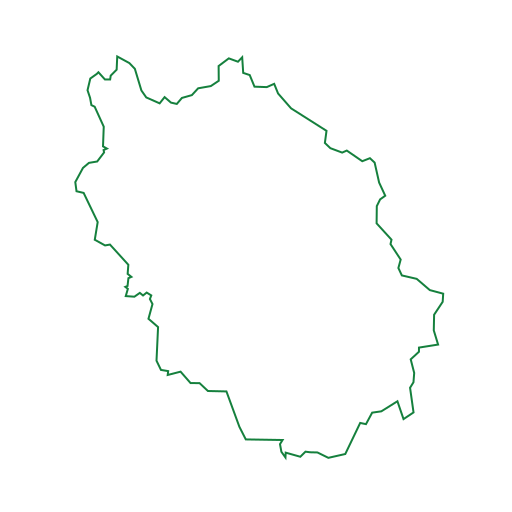 the district of Chashka, Čaška, North Macedonia, rotated 190°
{"feature_id": "65306769B55292490733903", "entity_name": "Chashka", "entity_type": "district", "adm_level": 2, "iso_a3": "MKD", "parent_name": "North Macedonia", "parent_adm1": "Čaška", "projection": "albers", "projection_center": [21.618, 41.602], "detail": "fine", "context": "isolated", "style": "outline", "palette": "green", "viewbox_px": 512, "rotation_deg": 190, "n_neighbors": 0, "source": "geoboundaries", "source_scale": "gbopen_adm2", "svg_char_len": 1684}
<svg xmlns="http://www.w3.org/2000/svg" viewBox="0 0 512 512"><g transform="rotate(190 256 256)"><path d="M242.7,84.9L234.2,73.6L197.9,79.4L199.7,74.9L197.0,67.6L192.0,62.7L192.6,67.5L177.5,66.0L173.3,71.9L168.6,72.1L161.4,73.2L149.7,69.8L133.7,76.5L124.4,109.7L118.5,109.5L114.4,121.9L105.6,124.8L91.5,137.5L82.4,121.0L73.7,129.3L81.4,153.0L79.0,159.0L79.9,168.3L85.7,181.1L78.9,190.0L79.6,194.1L61.3,200.4L68.0,213.6L70.4,229.1L64.2,243.3L65.1,251.4L78.9,252.6L93.8,261.4L109.0,262.2L113.7,268.9L112.9,277.6L125.6,291.1L125.4,295.6L142.9,309.1L145.7,326.1L143.6,333.3L139.2,337.8L147.5,349.7L155.4,368.6L160.8,372.1L167.8,367.8L184.9,375.6L189.1,372.8L201.5,375.1L207.8,379.3L208.3,391.5L247.1,407.5L262.5,419.9L268.0,428.7L274.7,424.2L286.9,422.5L293.6,433.1L300.4,434.1L304.1,449.3L307.5,444.2L317.1,445.9L325.8,436.6L323.1,422.1L330.0,415.5L342.1,411.1L347.1,403.3L356.4,398.8L360.4,392.0L366.4,392.3L373.6,396.6L377.4,389.6L391.6,393.1L397.6,399.1L407.8,419.3L414.2,424.0L427.3,428.4L425.6,415.3L430.4,408.4L430.3,404.5L435.4,403.6L443.1,409.6L444.4,407.7L450.0,402.0L450.7,390.0L446.9,383.0L444.3,376.0L440.8,375.0L428.4,356.9L425.7,337.4L421.5,335.9L424.5,333.9L423.6,331.6L428.8,321.5L436.7,318.7L441.7,312.7L446.8,297.4L444.0,288.6L436.7,288.2L417.8,261.9L417.6,244.0L406.5,240.2L401.8,241.9L380.2,225.2L379.3,216.1L375.1,213.8L377.8,212.0L377.3,204.2L379.3,202.9L376.5,201.4L377.3,193.9L368.7,194.8L364.0,199.5L360.4,197.5L357.3,201.0L352.3,199.0L353.0,195.2L349.6,190.7L351.0,175.5L340.1,169.0L335.8,135.6L329.8,127.3L322.5,127.4L322.3,123.5L310.2,129.0L298.4,119.5L289.5,121.0L279.9,114.7L261.6,117.5L242.7,84.9Z" fill="none" stroke="#15803d" stroke-width="2"/></g></svg>